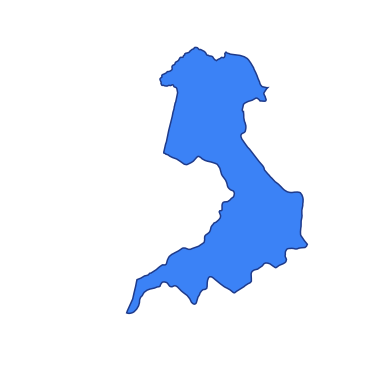 outline of Salamá, Baja Verapaz, Guatemala, rotated 142°
{"feature_id": "79465075B18875713614503", "entity_name": "Salamá", "entity_type": "district", "adm_level": 2, "iso_a3": "GTM", "parent_name": "Guatemala", "parent_adm1": "Baja Verapaz", "projection": "robinson", "projection_center": [-90.294, 15.052], "detail": "fine", "context": "isolated", "style": "filled", "palette": "blue", "viewbox_px": 384, "rotation_deg": 142, "n_neighbors": 0, "source": "geoboundaries", "source_scale": "gbopen_adm2", "svg_char_len": 6003}
<svg xmlns="http://www.w3.org/2000/svg" viewBox="0 0 384 384"><g transform="rotate(142 192 192)"><path d="M99.8,303.4L100.4,303.9L100.9,304.2L101.4,304.2L102.5,303.8L103.1,303.9L103.5,304.1L103.9,304.3L105.2,304.3L106.6,304.3L106.9,304.3L107.5,304.0L108.4,303.9L108.8,304.1L109.7,304.3L111.5,305.2L112.5,305.3L112.8,305.2L113.4,304.6L113.8,304.6L114.5,304.6L115.0,304.5L116.0,303.8L116.4,303.9L117.2,304.4L117.8,305.0L118.3,305.2L118.7,305.2L119.3,305.0L121.4,304.1L122.2,304.0L123.5,304.1L124.2,304.3L125.2,304.3L126.0,303.9L126.9,303.3L127.3,303.2L128.9,303.6L129.2,303.6L129.9,303.5L130.6,303.1L131.0,302.6L131.7,301.4L132.1,300.9L132.8,300.7L134.1,300.7L135.0,300.8L136.6,301.5L137.2,302.0L137.8,302.0L138.5,301.8L139.3,301.8L140.9,302.1L142.9,302.6L143.7,302.6L144.0,302.4L144.3,302.1L144.8,301.3L145.0,301.1L145.4,301.1L146.5,301.1L147.3,301.0L147.8,300.6L148.0,300.2L148.3,299.4L148.7,297.7L148.9,297.3L149.4,296.7L149.7,296.5L149.7,296.1L149.9,295.6L150.0,295.1L150.0,294.6L149.8,294.3L149.1,293.9L148.8,293.6L148.1,292.4L147.6,291.9L147.0,291.3L146.2,290.7L145.2,290.5L144.6,290.3L144.2,290.0L143.6,289.2L143.3,289.1L142.6,288.8L142.1,288.8L141.6,288.6L141.1,288.3L141.0,288.0L141.0,287.4L141.3,286.4L141.3,286.0L141.1,285.5L140.4,284.4L140.2,283.9L140.2,283.4L140.4,282.6L142.2,279.1L149.5,272.9L150.5,272.5L152.7,270.6L153.1,270.4L155.1,268.5L157.9,266.5L161.2,263.6L172.5,254.8L181.4,247.2L183.3,246.0L189.8,240.7L190.2,240.0L189.3,238.6L189.4,238.1L188.0,236.0L187.4,233.8L186.2,231.3L183.8,227.5L182.5,223.8L181.0,218.7L179.6,217.0L178.8,216.6L175.1,215.8L173.7,215.6L171.8,215.5L166.9,216.4L165.5,216.4L164.7,215.8L163.9,213.9L163.6,211.9L162.3,208.9L160.9,206.8L158.5,203.9L157.4,202.3L156.0,200.2L155.0,198.2L155.4,193.6L157.8,187.8L158.1,186.0L158.2,180.9L158.8,178.4L159.5,176.6L160.3,175.0L160.7,173.6L160.7,172.0L160.3,170.0L158.8,167.3L158.9,166.3L159.4,164.9L161.1,163.3L162.5,162.6L165.0,162.7L167.3,162.3L169.9,162.5L172.7,164.3L173.9,164.6L175.1,164.2L176.4,163.2L179.3,159.4L180.4,159.3L181.7,160.1L182.8,159.6L183.9,156.0L184.9,154.8L186.0,154.1L188.0,153.6L191.7,153.4L193.8,154.0L195.7,153.4L196.7,153.3L198.6,152.6L201.2,150.5L203.1,149.6L205.7,149.5L207.0,149.7L208.6,149.5L209.5,149.0L210.6,147.8L211.4,146.6L213.2,145.0L213.9,144.8L220.2,145.2L226.8,147.4L228.5,147.8L230.1,149.0L230.7,150.0L231.2,150.9L231.8,151.9L233.0,153.0L234.1,153.6L238.8,153.9L243.0,154.7L244.4,154.9L246.4,155.3L249.5,155.2L250.7,154.8L253.3,153.5L255.8,151.6L256.6,151.1L257.7,151.0L258.5,151.4L260.2,152.8L263.0,153.0L264.8,153.0L268.0,152.8L274.3,153.4L275.4,154.0L277.4,153.6L278.8,154.0L281.1,155.1L283.6,155.4L285.3,155.6L289.3,156.8L290.9,155.5L292.6,154.0L294.7,152.2L300.0,148.0L304.6,144.2L316.2,138.1L317.9,137.0L317.1,135.8L316.1,134.9L314.6,134.1L313.0,133.5L311.2,133.3L307.7,133.8L304.2,135.2L301.6,137.1L299.6,139.3L298.5,140.0L297.2,140.7L294.8,141.0L294.2,141.4L291.5,142.4L287.8,142.3L284.9,141.4L280.7,139.4L277.9,138.6L276.2,137.6L275.0,137.5L274.4,138.0L273.3,138.6L271.1,139.2L270.0,138.8L268.9,137.9L267.7,136.2L267.5,135.1L267.6,131.7L267.2,130.7L266.1,129.6L264.0,129.1L263.2,128.7L262.5,127.8L261.9,126.2L261.3,120.5L260.7,117.8L260.1,115.6L259.5,113.4L259.5,109.2L260.3,105.5L260.1,104.0L259.8,103.0L259.1,102.1L258.7,101.9L257.8,101.8L256.9,102.0L252.0,105.5L249.5,106.4L247.8,107.5L245.4,108.2L243.5,108.3L241.6,107.2L239.8,107.0L238.4,108.1L235.7,111.3L234.0,112.9L231.7,114.3L230.3,114.4L228.9,113.2L228.3,111.7L228.1,111.0L227.7,108.9L226.1,101.9L224.9,97.6L224.4,96.3L223.5,94.5L222.2,91.3L221.4,87.6L221.1,86.9L220.8,86.6L220.4,86.3L217.9,86.3L209.3,85.4L207.7,85.5L204.1,85.2L203.0,84.9L201.7,84.7L200.1,85.2L198.5,87.3L195.9,91.0L194.8,91.9L193.5,92.4L192.4,92.4L190.8,92.2L187.7,90.8L186.4,90.8L182.1,90.5L179.3,91.2L177.6,90.7L176.1,89.3L174.8,87.4L173.8,83.9L173.5,83.0L173.0,81.4L172.6,80.8L171.9,80.6L168.4,80.5L164.5,79.4L162.4,79.1L160.9,79.3L159.1,80.7L158.7,81.9L158.4,83.5L157.8,84.5L157.0,85.2L156.1,86.4L155.2,87.4L154.0,88.0L152.6,88.5L151.5,88.4L150.1,87.6L149.0,86.8L148.3,86.4L146.8,85.0L145.7,83.6L145.0,83.0L144.0,82.4L142.5,82.0L141.3,81.4L140.3,80.8L137.9,79.2L137.1,78.7L135.2,78.8L133.3,79.8L133.4,84.6L133.0,90.7L132.6,91.7L131.0,93.9L128.6,96.5L127.2,97.8L123.8,102.0L121.1,104.3L119.8,105.7L119.0,107.0L116.7,110.0L113.2,113.0L111.8,114.7L110.7,115.7L108.9,117.9L108.2,119.2L107.9,119.9L107.2,122.0L107.1,124.7L107.6,125.6L109.0,127.1L111.4,128.8L113.5,130.0L114.6,130.9L115.4,131.7L116.8,133.5L118.0,136.6L118.4,138.9L118.6,141.2L119.1,145.0L119.6,146.9L120.2,149.0L120.6,154.0L120.8,155.1L120.9,155.8L120.9,157.7L121.1,159.6L121.3,164.4L121.2,165.2L120.9,165.6L120.3,167.2L120.1,169.3L120.4,174.5L120.3,190.3L120.6,193.2L120.4,197.6L120.1,203.1L119.4,205.3L118.9,206.2L118.3,206.7L117.8,207.0L117.2,207.2L116.4,207.2L114.6,206.8L113.5,206.8L112.6,207.1L110.7,208.7L109.7,209.8L108.8,211.0L107.6,213.7L107.2,215.3L105.5,218.6L103.7,221.0L102.0,223.6L102.4,223.7L102.1,225.5L101.0,226.5L100.1,227.2L97.4,229.4L95.4,229.5L92.0,228.8L88.1,227.3L83.7,226.6L82.9,225.8L82.4,224.2L82.3,223.3L82.3,221.8L81.4,221.1L80.0,219.8L78.8,218.8L78.5,218.6L78.1,218.5L77.6,218.5L77.0,218.9L76.6,219.3L76.3,220.4L75.9,221.5L75.6,222.1L75.4,223.4L75.2,224.3L74.8,225.4L73.9,226.0L69.7,227.4L68.1,227.6L68.7,228.0L71.6,231.5L71.9,232.0L72.0,234.2L71.6,236.0L71.1,236.9L70.1,240.8L69.2,243.4L68.3,246.8L67.5,250.7L67.0,252.0L66.3,257.5L66.1,261.4L66.3,263.2L67.5,266.3L68.5,267.8L70.1,270.1L76.5,276.6L77.2,277.4L77.4,278.0L78.8,279.9L79.1,281.3L80.7,281.0L81.0,280.8L81.3,280.4L81.3,280.1L81.6,279.6L82.0,279.2L83.5,278.3L84.5,278.4L85.8,279.9L88.0,279.9L89.5,280.4L91.9,280.5L92.1,281.2L92.5,281.9L92.6,282.3L92.7,283.9L92.5,285.4L92.6,286.2L93.2,287.2L93.5,287.6L94.3,288.2L94.7,288.8L94.8,289.3L95.1,289.8L95.4,290.0L95.8,290.4L95.9,291.3L95.8,292.0L95.6,292.7L95.6,293.5L95.6,294.2L95.8,295.3L97.4,298.8L97.7,299.2L98.0,299.3L98.5,299.7L98.7,299.9L98.9,302.3L99.3,302.9L99.8,303.4Z" fill="#3b82f6" stroke="#1e3a8a" stroke-width="1.5"/></g></svg>